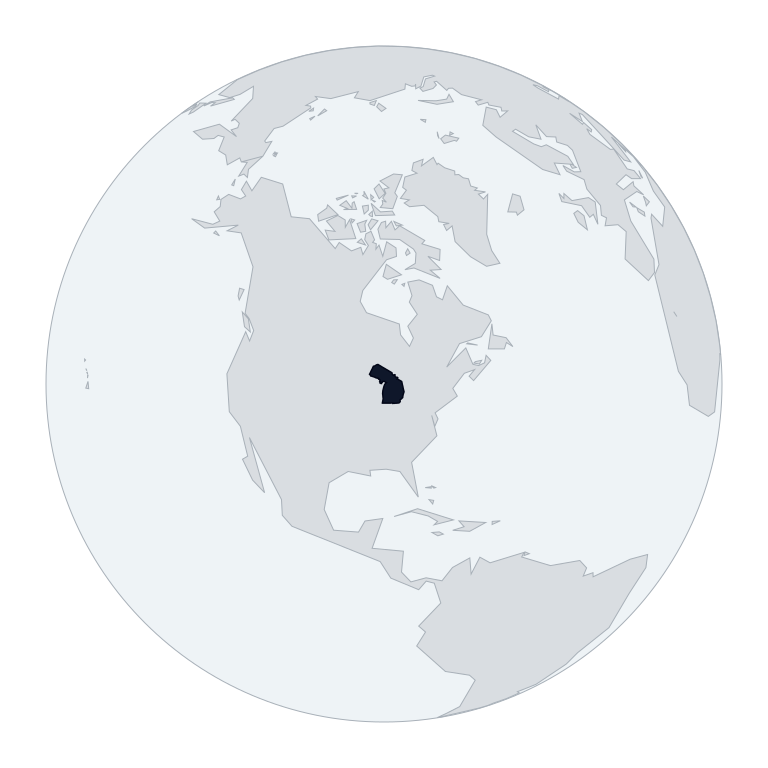 the Earth from above Michigan
{"feature_id": "USA-3562", "entity_name": "Michigan", "entity_type": "State", "adm_level": 1, "iso_a3": "USA", "parent_name": "United States of America", "parent_adm1": "", "projection": "orthographic", "projection_center": [-86.829, 45.001], "detail": "fine", "context": "on_globe", "style": "filled", "palette": "ink", "viewbox_px": 768, "rotation_deg": 0, "n_neighbors": 0, "source": "natural_earth", "source_scale": "10m", "svg_char_len": 13581}
<svg xmlns="http://www.w3.org/2000/svg" viewBox="0 0 768 768"><circle cx="384" cy="384" r="338" fill="#eef3f6" stroke="#a8b0b8"/><path d="M437.9,717.6L444.9,716.2L437.3,717.6L445.7,713.7L459.7,706.6L475.2,680.2L469.5,675.2L445.4,671.5L416.7,646.0L425.5,632.0L418.7,626.1L440.8,603.0L434.3,583.2L426.2,581.1L418.7,589.7L390.8,578.1L380.2,561.6L292.0,526.3L282.3,515.3L281.5,499.6L249.4,437.5L264.6,492.7L252.6,480.1L242.5,459.2L247.7,456.2L240.4,426.3L229.3,411.7L226.9,373.8L245.7,331.7L249.6,341.0L253.7,330.5L249.1,318.5L245.1,313.3L253.0,266.8L241.2,232.9L227.1,230.8L238.3,225.1L204.7,228.1L191.6,218.7L212.8,224.3L219.8,221.1L214.2,211.8L220.2,206.6L221.0,199.4L228.7,194.4L240.5,198.9L245.7,196.0L241.4,189.6L246.4,181.2L251.9,190.8L261.3,177.3L282.7,184.0L291.2,216.8L309.5,218.7L335.2,248.6L339.2,242.5L351.5,250.9L360.8,247.3L362.9,254.6L368.4,245.5L364.7,239.6L365.9,233.8L371.0,231.3L374.6,239.9L372.6,242.4L376.3,243.7L375.9,249.2L379.0,245.1L382.8,256.3L386.7,241.8L396.0,247.9L396.5,256.4L386.5,259.8L362.8,290.5L360.2,301.4L366.5,312.7L399.3,324.0L400.6,334.9L409.5,346.4L413.4,338.0L407.8,326.2L417.3,314.3L409.3,302.1L412.0,295.7L407.8,282.1L419.1,279.9L432.5,285.3L436.5,296.8L442.5,299.8L447.3,285.8L463.2,305.1L488.3,314.9L491.3,320.8L481.4,336.7L459.5,343.6L446.7,367.1L465.8,347.9L472.9,364.3L478.6,365.6L484.6,362.8L486.1,355.3L490.8,360.4L473.6,380.6L469.1,376.2L474.6,369.6L464.3,373.3L452.8,388.4L457.3,396.1L435.1,412.8L438.0,418.9L434.8,426.3L431.7,415.4L436.9,435.8L411.6,462.3L418.3,497.1L399.9,471.5L386.2,469.2L369.9,470.3L370.7,476.0L348.1,471.5L329.1,482.7L324.2,509.5L333.6,530.2L358.5,532.1L365.0,521.0L382.8,518.5L372.1,548.3L403.4,551.2L401.5,572.1L410.9,581.9L426.1,577.8L442.0,580.8L452.5,567.5L469.8,557.9L471.1,574.1L479.9,557.2L490.1,562.8L524.0,552.4L521.7,557.0L550.4,565.6L579.8,560.5L586.6,567.9L583.2,576.1L593.0,572.7L593.1,576.8L630.2,559.2L647.6,554.5L645.9,567.6L629.2,593.3L609.0,627.6L577.7,652.6L566.3,664.0L536.0,684.3L517.4,691.7L519.3,692.9L506.1,698.7L493.1,703.2L488.0,705.4L478.2,708.3L482.7,707.2L437.9,717.6ZM85.8,388.1L88.0,381.4L88.7,388.7L85.8,388.1ZM88.0,375.4L87.5,378.1L87.6,375.4L88.0,375.4ZM87.2,372.2L87.8,374.5L86.8,372.4L87.2,372.2ZM85.8,368.5L86.7,370.2L86.5,370.3L85.8,368.5ZM417.6,508.7L453.4,519.9L434.1,524.8L437.6,521.4L428.3,516.0L411.4,511.7L394.1,516.5L417.6,508.7ZM84.7,361.1L84.6,359.1L85.6,360.0L84.7,361.1ZM431.3,488.1L425.2,487.6L431.1,486.7L431.3,488.1ZM242.3,312.0L248.4,318.9L250.3,332.0L244.5,326.7L242.3,312.0ZM239.6,288.2L244.1,289.6L239.2,300.0L238.1,296.0L239.6,288.2ZM215.7,231.0L219.4,235.8L213.7,233.0L215.7,231.0ZM219.7,199.4L216.7,199.8L218.4,196.0L219.7,199.4ZM401.9,284.4L404.8,283.3L404.0,286.4L401.9,284.4ZM397.3,279.7L394.3,284.1L391.7,282.5L393.6,279.9L397.3,279.7ZM231.7,184.9L235.3,179.0L233.7,185.7L231.7,184.9ZM401.5,274.8L387.5,279.3L383.0,276.5L386.3,264.3L401.5,274.8ZM238.7,176.1L247.2,162.4L241.3,161.9L262.9,156.2L248.5,169.3L247.4,177.5L243.9,174.1L238.7,176.1ZM361.3,238.8L365.5,245.0L357.3,242.3L361.3,238.8ZM355.8,238.6L328.9,239.9L325.2,230.1L335.0,231.4L326.4,221.0L337.9,215.5L345.2,220.0L345.3,227.3L349.6,219.7L355.8,238.6ZM273.4,155.7L277.2,153.3L275.5,156.7L273.4,155.7ZM365.7,231.3L360.6,232.2L357.1,223.6L366.7,220.3L364.8,224.1L365.7,231.3ZM318.6,221.2L317.7,214.6L326.7,208.2L327.6,204.9L337.9,214.6L318.6,221.2ZM368.1,224.8L371.7,218.9L378.0,220.8L370.5,229.8L368.1,224.8ZM352.1,222.9L350.9,218.8L354.7,220.0L352.1,222.9ZM402.3,225.1L396.3,225.9L393.9,221.4L402.3,225.1ZM372.5,216.6L370.4,216.0L368.8,214.5L372.3,211.2L372.5,216.6ZM343.5,209.6L347.5,208.5L339.8,205.3L346.2,200.7L351.9,208.2L352.2,203.1L354.1,201.7L356.6,209.4L343.5,209.6ZM371.1,203.3L380.5,211.9L392.3,211.1L394.7,215.0L375.4,215.6L371.1,203.3ZM362.4,206.1L368.3,205.2L368.3,210.2L364.2,214.0L362.4,206.1ZM348.5,195.1L337.2,200.1L336.3,198.4L348.5,195.1ZM374.5,202.0L372.1,200.1L375.3,201.4L374.5,202.0ZM356.5,196.0L352.6,197.9L351.7,195.9L356.5,196.0ZM370.7,194.7L373.7,197.3L371.1,199.9L370.7,194.7ZM364.2,194.5L363.9,191.2L368.3,199.2L362.6,195.6L364.2,194.5ZM356.3,193.8L354.5,193.2L358.1,193.3L356.3,193.8ZM379.0,184.0L385.1,193.4L379.2,198.8L374.1,188.8L379.0,184.0ZM638.4,161.6L634.4,157.2L634.1,156.9L633.7,156.5L641.2,164.9L639.7,163.8L642.1,165.9L657.4,185.4L671.2,206.0L683.5,227.5L694.2,249.9L703.2,273.0L710.4,296.7L716.0,320.8L719.7,345.3L720.6,354.9L719.8,353.1L719.9,359.9L714.6,411.9L708.3,416.4L689.5,405.3L687.1,384.9L678.4,371.3L654.8,275.0L659.0,264.6L651.0,218.1L651.6,214.2L662.7,226.3L664.7,207.0L653.4,191.1L645.3,172.3L633.4,156.7L611.4,137.0L630.7,161.9L624.1,160.1L600.7,134.4L582.3,114.5L579.1,113.2L582.4,121.5L569.6,113.3L582.5,124.3L583.6,122.5L591.7,129.7L591.2,131.9L586.7,128.7L589.9,134.4L610.4,149.4L613.7,149.1L627.2,168.9L634.0,170.6L640.6,178.6L631.6,178.6L626.0,174.7L616.3,184.0L623.4,189.7L633.1,181.7L633.9,185.9L643.6,194.8L636.8,191.5L624.4,199.9L630.8,221.0L653.9,259.1L654.5,272.5L648.4,280.6L625.1,259.0L626.2,231.6L618.0,224.7L605.1,225.8L606.5,217.8L601.4,215.3L600.5,205.5L586.9,189.1L584.1,179.6L566.7,171.2L562.9,165.5L574.3,171.9L580.8,171.7L572.5,150.2L567.4,145.4L556.7,142.0L555.8,137.0L546.5,136.6L535.8,124.8L541.0,139.2L528.7,136.8L515.6,129.2L512.5,131.3L533.7,143.9L541.3,146.7L546.3,144.8L567.8,156.3L573.3,164.4L554.3,163.0L560.0,174.7L542.7,169.5L496.1,137.0L482.8,125.3L486.2,107.1L496.3,109.7L500.1,117.3L507.7,110.9L501.8,111.0L501.0,107.3L488.9,105.0L487.8,102.3L478.2,105.1L475.5,101.6L481.6,99.8L461.5,94.6L452.5,88.1L448.5,88.3L446.8,90.4L436.6,81.3L434.1,81.9L436.4,85.0L433.0,88.5L422.9,91.4L419.9,88.1L423.2,86.6L425.5,78.9L434.6,76.1L432.4,75.2L423.8,76.9L420.9,86.1L415.7,88.8L415.6,84.0L415.2,85.9L411.7,86.3L405.4,83.8L404.9,89.1L370.0,100.6L354.4,97.8L358.3,91.6L330.8,98.6L315.4,96.5L317.6,99.1L305.9,105.4L310.6,106.1L310.8,107.9L283.0,126.2L274.1,128.5L264.7,141.0L265.8,142.6L271.8,141.4L262.9,156.2L241.3,161.9L239.8,157.9L227.3,164.8L225.7,155.0L218.7,150.7L224.2,137.0L218.1,135.4L213.9,138.5L202.5,139.2L193.5,131.5L219.4,124.2L236.5,136.6L231.1,129.9L237.8,127.7L239.3,123.3L235.1,119.3L231.2,121.1L252.7,98.5L253.5,86.3L240.0,94.4L229.7,97.6L218.8,94.6L237.4,79.6L236.1,80.2L258.5,70.3L281.5,62.0L305.1,55.4L329.2,50.6L353.5,47.5L377.9,46.1L402.4,46.6L426.8,48.8L451.0,52.8L474.9,58.5L498.2,66.0L521.0,75.1L543.0,85.8L564.2,98.1L584.4,111.9L603.6,127.2L621.6,143.8L638.4,161.6ZM673.7,311.7L676.9,316.5L673.7,311.7ZM553.6,91.7L549.1,89.7L542.6,86.0L543.3,86.9L548.8,89.7L548.5,91.7L537.3,85.7L532.9,84.7L538.0,88.1L558.5,99.1L559.1,95.7L567.9,101.0L569.9,102.0L558.1,94.4L553.6,91.7ZM525.1,551.9L529.3,553.7L524.0,555.6L525.1,551.9ZM432.0,532.5L439.3,531.9L443.3,534.1L437.8,535.8L432.0,532.5ZM492.2,521.4L500.3,520.8L492.1,524.5L492.2,521.4ZM458.9,520.9L485.7,522.5L469.7,531.3L452.7,530.3L464.1,526.7L458.9,520.9ZM429.0,499.6L433.7,500.4L432.7,504.0L429.0,499.6ZM435.6,487.6L433.8,488.1L431.3,485.6L435.6,487.6ZM473.9,363.0L475.4,361.6L481.7,360.3L479.4,364.0L473.9,363.0ZM506.1,337.7L512.9,346.6L506.4,342.5L504.4,348.9L488.3,348.9L491.9,323.8L493.1,335.0L506.1,337.7ZM467.7,342.9L477.6,345.1L466.7,343.8L467.7,342.9ZM573.8,213.4L577.6,210.6L584.0,215.7L587.4,229.8L578.2,222.3L573.8,213.4ZM581.6,205.7L561.8,201.6L558.9,193.4L563.9,198.5L563.9,193.5L572.0,200.6L588.5,197.6L595.2,202.0L597.9,224.3L593.3,214.3L589.8,217.3L581.6,205.7ZM516.4,212.1L507.8,211.9L512.6,193.9L520.1,196.2L524.0,209.8L517.4,215.2L516.4,212.1ZM410.1,253.1L406.5,255.5L405.5,252.9L407.7,248.8L410.1,253.1ZM399.7,225.8L424.8,240.5L421.9,243.8L440.1,249.4L439.6,260.5L427.9,256.3L441.1,269.5L430.3,270.2L440.1,278.4L414.0,268.0L404.9,269.7L415.3,263.4L416.0,253.1L413.5,249.1L399.7,239.5L380.3,239.0L377.9,229.2L381.4,222.5L385.6,221.2L385.9,227.8L391.4,221.3L395.0,229.9L399.7,225.8ZM423.1,159.3L421.5,165.9L433.3,157.4L437.0,164.6L438.1,163.2L444.7,167.8L454.7,171.0L454.9,174.8L458.7,174.5L463.2,177.8L468.5,178.8L470.7,186.0L477.3,188.0L474.6,190.3L485.5,191.9L478.4,194.1L483.5,199.0L487.7,194.3L486.7,234.3L491.7,250.6L499.9,263.3L486.6,266.3L470.5,256.7L455.1,241.6L452.1,225.9L446.6,230.5L443.6,224.5L449.2,223.4L438.8,221.7L437.8,216.6L424.0,205.3L409.6,206.7L404.2,203.0L409.3,199.9L400.4,198.4L406.4,190.2L402.7,187.4L404.9,177.0L417.0,173.2L411.9,170.5L413.4,162.9L423.1,159.3ZM380.0,181.0L393.6,174.0L402.3,174.8L394.8,192.8L397.3,196.4L392.8,208.7L380.3,207.5L382.8,204.0L382.2,200.4L386.4,202.2L382.7,198.1L385.9,193.3L383.9,189.0L388.9,187.8L380.0,181.0ZM646.3,205.8L645.6,202.3L643.3,196.0L649.4,201.8L646.3,205.8ZM638.3,211.7L636.8,207.7L644.3,212.1L644.9,216.1L638.3,211.7ZM629.6,202.1L636.1,207.1L633.0,206.8L629.6,202.1ZM572.3,168.3L570.0,164.3L572.2,164.5L576.4,167.4L572.3,168.3ZM458.8,138.2L456.6,141.2L454.3,140.4L444.2,143.5L440.7,138.8L445.4,135.1L458.8,138.2ZM618.3,143.5L625.4,150.6L625.6,151.6L623.1,148.9L618.3,143.5ZM641.0,176.5L638.8,170.5L642.7,178.2L641.0,176.5ZM453.3,133.6L449.6,135.3L450.1,131.9L453.3,133.6ZM437.6,135.6L437.2,131.7L439.1,138.6L437.6,135.6ZM418.0,100.4L436.0,100.8L446.7,99.1L449.0,94.3L453.4,101.7L437.0,104.3L418.0,100.4ZM376.3,100.6L374.3,105.5L370.0,104.0L369.9,102.6L376.3,100.6ZM378.7,103.2L386.0,108.4L381.5,111.5L376.7,106.8L378.7,103.2ZM420.3,119.3L425.9,119.7L425.3,122.3L420.3,119.3ZM198.4,101.6L198.8,101.4L192.2,106.4L197.1,104.2L195.0,106.5L187.2,110.8L181.6,113.4L186.4,109.9L198.4,101.6ZM199.8,103.0L206.0,103.2L193.3,112.1L189.1,114.0L191.6,110.0L198.1,105.5L199.8,103.0ZM203.8,106.0L210.1,101.9L232.7,97.8L234.3,99.4L210.5,106.1L215.2,102.7L211.9,102.5L203.8,106.0ZM274.9,151.9L277.0,153.2L273.2,154.0L274.9,151.9ZM313.6,108.1L313.2,110.8L308.8,111.3L313.6,108.1ZM309.7,118.6L315.0,116.2L310.6,120.1L309.7,118.6ZM326.7,110.7L317.7,115.9L324.5,109.0L326.7,110.7Z" fill="#d9dde1" stroke="#a8b0b8" stroke-width="1"/><path d="M373.5,366.2L373.9,366.3L374.0,366.3L374.5,366.1L375.1,365.7L376.3,365.0L376.9,364.7L377.1,364.7L377.8,364.5L378.0,364.5L378.8,365.0L380.2,365.8L381.0,366.3L381.7,366.7L382.4,367.2L383.2,367.6L383.9,368.0L384.3,368.3L384.8,368.5L385.2,368.8L385.6,369.0L386.0,369.3L387.3,370.0L387.8,370.3L388.8,370.9L389.8,371.5L390.3,371.8L390.8,372.1L391.3,372.4L391.5,372.5L391.8,372.7L391.9,372.8L392.0,372.9L392.0,373.3L392.1,373.6L392.3,374.1L392.3,374.3L392.7,374.7L393.1,375.2L393.2,375.3L393.3,375.3L393.5,375.3L393.5,375.2L393.8,374.9L394.0,374.9L394.2,375.0L394.5,374.8L394.7,374.7L394.9,374.7L395.0,374.8L394.8,375.4L394.9,375.6L395.0,375.7L395.1,375.9L395.1,376.0L395.1,376.3L395.1,376.5L395.3,376.9L395.5,377.0L395.6,377.3L395.7,377.5L395.8,377.5L396.1,377.3L396.1,377.2L396.3,377.2L396.5,377.2L396.9,377.2L397.1,377.2L397.3,377.3L397.6,377.6L397.8,377.8L397.6,378.2L397.4,378.6L397.1,379.2L397.8,379.2L398.3,379.5L399.0,379.9L399.7,380.3L401.6,381.4L401.7,381.6L401.8,381.8L402.3,384.3L402.6,385.5L402.9,386.7L403.1,387.9L403.4,389.2L404.0,391.6L404.0,391.8L404.0,392.0L403.8,392.4L403.7,392.7L403.5,393.5L403.4,393.9L403.1,394.6L403.0,395.0L403.0,395.4L403.0,395.6L402.9,395.8L402.8,396.0L402.8,396.3L402.8,396.5L402.8,396.9L402.7,397.4L402.7,397.5L402.5,397.8L402.3,397.9L402.2,397.9L402.0,398.2L401.5,398.8L401.4,398.9L400.9,399.2L400.5,399.4L400.3,399.5L400.2,399.7L400.1,399.9L400.1,400.1L400.1,400.6L400.1,401.1L400.1,401.3L400.2,401.7L399.0,402.9L398.4,403.0L398.0,403.0L397.7,403.0L397.3,403.1L396.9,403.1L396.6,403.1L396.2,403.2L395.8,403.2L395.5,403.2L395.1,403.2L394.7,403.3L394.4,403.3L394.0,403.3L393.6,403.3L392.9,403.4L392.9,403.0L392.6,403.0L391.9,403.0L391.2,403.0L390.9,403.0L390.6,403.1L389.9,403.1L389.5,403.1L389.2,403.1L388.5,403.1L387.8,403.1L387.1,403.1L386.8,403.1L386.5,403.1L386.1,403.1L385.8,403.1L385.4,403.1L384.4,403.1L383.7,403.1L383.0,403.1L382.7,403.1L382.4,403.1L382.4,402.7L382.5,402.1L382.7,401.4L382.8,400.8L382.9,400.2L383.0,399.7L383.2,398.8L383.1,398.0L383.0,397.6L383.0,396.9L382.9,396.4L382.9,395.8L382.8,395.1L382.7,394.4L382.6,393.8L382.6,393.6L382.7,393.0L382.7,392.4L382.8,391.7L382.8,391.3L382.9,390.6L383.0,390.1L383.2,389.5L383.3,388.9L383.5,388.3L383.6,387.7L383.7,387.2L383.9,386.6L384.1,386.1L384.3,385.4L384.5,384.9L384.7,384.6L384.8,384.3L385.0,384.1L385.2,383.8L385.4,383.6L385.6,383.3L385.9,383.1L386.1,382.9L386.4,382.6L386.1,382.5L386.0,382.4L385.9,382.3L385.7,382.2L385.4,382.1L385.2,381.9L384.9,381.8L384.8,381.7L384.6,381.6L384.4,381.4L383.6,381.4L383.2,381.4L382.9,381.4L382.7,381.6L382.6,381.9L382.5,382.1L382.3,382.3L382.0,382.6L381.6,382.8L381.5,383.2L381.5,383.5L381.3,383.5L381.0,383.5L380.8,383.4L380.6,383.3L380.5,383.2L380.4,383.1L380.3,382.9L380.2,382.9L380.3,382.6L380.4,382.3L380.5,382.1L380.6,381.9L380.5,381.7L380.4,381.7L380.1,381.9L379.9,381.8L379.7,381.9L379.6,381.7L379.7,381.4L379.9,381.2L380.0,381.1L379.9,380.8L379.9,380.7L380.0,380.6L380.0,380.4L379.9,380.2L380.0,380.0L380.0,379.9L379.9,379.8L379.8,379.7L379.7,379.7L379.4,379.5L379.3,379.4L379.2,379.4L378.9,379.3L378.7,379.2L378.8,378.9L378.7,378.5L378.7,378.4L378.4,378.3L378.2,378.3L378.1,378.2L377.9,378.2L377.7,378.1L377.4,378.0L377.2,378.0L377.1,377.9L376.9,377.9L376.7,377.9L376.7,378.0L376.4,377.9L376.2,377.8L375.9,377.8L375.4,377.6L375.0,377.3L374.7,377.2L374.2,376.9L373.9,376.9L373.3,376.7L373.0,376.6L372.3,376.4L371.9,376.2L371.6,376.1L371.3,376.1L371.1,376.0L370.9,375.9L370.7,375.9L370.6,375.6L370.4,375.2L370.3,374.9L370.2,374.8L370.0,374.7L369.9,374.7L369.7,374.5L369.5,374.3L369.6,374.0L369.8,373.8L370.3,372.8L370.5,372.3L370.9,371.5L371.1,371.0L371.2,370.8L371.5,370.3L371.6,370.0L371.7,369.8L372.0,369.3L372.4,368.5L372.5,368.2L372.7,367.7L372.9,367.5L373.0,367.2L373.2,366.7L373.3,366.4L373.5,366.2Z" fill="#0f172a" stroke="#020617" stroke-width="1.5"/></svg>